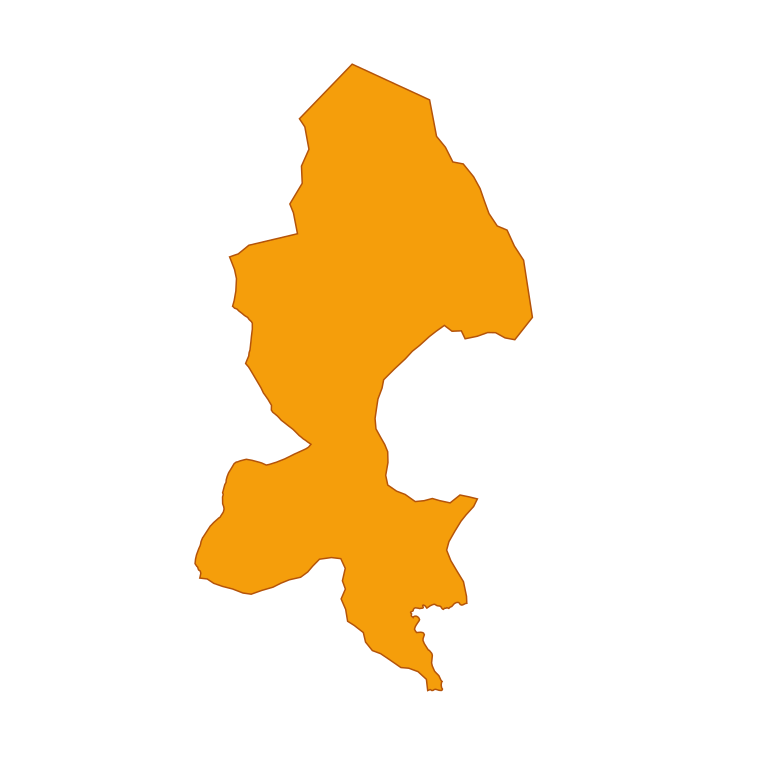 the district of Bahr-Köh, Moyen-Chari, Chad, rotated 33°
{"feature_id": "50815135B48101754695472", "entity_name": "Bahr-Köh", "entity_type": "district", "adm_level": 2, "iso_a3": "TCD", "parent_name": "Chad", "parent_adm1": "Moyen-Chari", "projection": "orthographic", "projection_center": [18.409, 9.514], "detail": "fine", "context": "isolated", "style": "filled", "palette": "amber", "viewbox_px": 768, "rotation_deg": 33, "n_neighbors": 0, "source": "geoboundaries", "source_scale": "gbopen_adm2", "svg_char_len": 5342}
<svg xmlns="http://www.w3.org/2000/svg" viewBox="0 0 768 768"><g transform="rotate(33 384 384)"><path d="M195.1,341.2L190.9,354.3L188.2,357.7L185.4,361.4L185.3,361.5L196.3,369.4L202.9,376.0L209.1,386.7L212.9,395.6L214.7,401.3L215.1,401.3L216.5,401.6L217.3,401.8L219.8,401.2L222.5,401.8L226.5,402.1L227.2,402.2L228.8,402.4L229.3,402.5L229.9,402.5L231.1,402.5L231.4,402.5L233.4,402.4L235.0,403.1L235.9,403.4L237.2,403.6L238.8,403.9L240.4,404.7L243.7,409.7L244.7,411.8L246.9,416.3L248.6,419.6L249.4,421.1L249.7,421.7L250.3,423.0L251.1,424.5L253.1,428.5L253.3,429.4L253.5,429.9L253.5,430.2L253.9,431.4L254.5,432.6L255.3,434.2L256.2,439.3L256.6,441.3L256.8,442.2L259.2,442.9L259.4,443.0L261.1,443.4L261.4,443.6L263.4,444.5L274.7,450.1L282.9,454.2L287.8,457.2L290.7,458.3L294.1,459.7L294.4,459.8L294.5,459.8L299.9,462.5L301.2,463.1L303.7,467.2L305.3,467.9L305.9,468.2L306.7,468.3L312.1,468.9L315.0,469.6L317.4,470.3L326.2,471.1L327.3,471.2L330.2,471.4L332.4,471.6L335.4,472.2L339.5,473.1L340.8,473.4L343.2,473.6L346.2,474.0L349.1,474.0L351.3,474.2L355.6,474.3L355.1,478.1L353.8,480.9L352.2,483.5L347.0,491.6L343.8,497.1L342.7,498.9L341.6,500.8L336.2,508.4L335.5,509.2L335.0,509.8L332.2,513.2L331.6,513.9L331.6,514.0L331.0,514.5L329.7,515.8L329.4,516.1L326.8,516.5L324.7,516.8L322.5,517.4L314.8,519.9L309.6,522.1L308.8,522.9L308.3,523.4L307.4,524.4L305.2,526.8L304.7,527.5L303.4,529.3L302.6,529.9L302.6,530.0L301.7,532.3L301.7,533.1L301.8,535.0L302.0,541.0L302.0,542.0L302.1,543.5L302.7,546.3L302.8,547.0L303.0,547.5L303.8,550.1L304.3,551.1L305.1,552.5L305.3,555.2L306.5,558.9L307.5,561.8L307.8,563.0L308.0,563.2L308.4,563.5L308.6,563.6L309.2,564.0L309.7,565.2L310.1,566.7L313.9,572.3L316.4,574.2L318.0,576.0L318.3,576.9L319.0,578.9L319.0,583.8L319.1,584.7L319.1,584.8L318.7,585.8L318.3,586.6L318.1,587.6L317.7,589.0L316.9,591.9L316.6,593.0L316.0,596.4L315.9,596.9L315.7,597.6L315.7,600.3L315.7,608.7L315.7,611.1L315.6,611.8L315.7,612.1L316.1,614.4L316.5,616.1L317.2,617.7L317.8,619.5L318.0,620.7L318.4,623.3L319.6,628.5L319.8,629.4L320.9,632.4L321.2,633.3L321.8,634.5L323.4,637.6L326.4,638.9L327.3,639.0L327.5,639.1L329.0,640.4L329.8,640.9L331.5,640.9L332.3,641.4L333.5,642.6L334.9,646.2L335.2,647.1L341.9,643.8L349.8,643.9L358.8,641.7L368.6,638.4L379.6,636.1L387.1,632.6L394.0,623.6L401.6,614.8L405.9,607.4L411.2,599.8L419.3,591.5L422.4,583.2L423.4,575.6L425.3,566.1L434.4,558.2L442.9,554.0L451.9,559.7L456.3,571.7L463.3,577.0L465.1,587.6L474.6,593.9L482.7,602.8L490.5,602.7L502.0,603.7L509.1,610.5L519.4,613.9L528.1,612.0L539.4,612.2L552.6,612.6L559.5,608.9L569.2,606.7L580.4,608.6L587.6,617.3L589.2,615.1L591.1,615.0L591.8,614.4L592.0,614.2L592.6,612.8L593.5,612.0L593.6,611.9L597.0,610.9L598.9,609.9L599.0,609.8L599.4,609.1L599.2,608.0L598.3,607.6L597.8,607.3L597.7,607.3L596.8,606.3L595.9,605.3L595.0,603.4L594.8,603.1L594.8,601.8L593.4,601.6L591.7,600.5L588.8,598.7L588.7,598.7L586.1,598.1L585.9,598.1L582.8,597.3L578.1,594.2L575.8,592.0L575.0,590.4L572.7,585.9L572.2,585.1L571.6,584.6L570.8,583.9L567.0,582.7L566.8,582.8L566.3,583.0L563.5,581.8L563.1,581.6L559.2,579.8L557.2,578.4L556.5,578.0L556.1,577.3L555.5,576.5L554.4,572.3L552.9,571.4L551.9,571.4L550.1,572.1L548.5,573.3L546.7,574.7L545.4,574.2L545.0,574.1L543.1,573.0L542.5,570.9L542.3,569.2L542.3,565.8L542.4,563.7L542.2,562.3L541.2,561.6L540.8,561.3L539.0,560.9L537.6,561.1L537.4,561.2L536.3,561.9L535.5,563.1L535.6,564.0L535.3,563.9L535.0,563.8L534.8,563.8L534.3,563.8L533.8,563.8L533.3,563.6L533.0,563.4L532.3,561.7L531.5,561.5L530.9,561.3L530.6,560.8L531.6,559.0L531.9,558.3L531.8,558.0L531.4,557.2L531.5,555.7L532.2,554.6L535.2,553.2L535.9,553.1L537.1,552.1L538.6,550.8L538.6,550.6L538.6,550.4L538.6,550.1L538.5,549.8L538.1,549.6L537.5,549.2L537.3,548.9L537.0,548.6L537.4,548.1L537.6,547.8L539.4,547.7L542.0,548.6L542.6,547.1L543.6,544.7L544.9,542.7L545.5,541.9L545.8,541.7L546.5,541.1L548.0,541.1L549.3,541.0L551.9,539.8L553.3,539.9L554.4,540.5L554.5,540.5L554.8,540.6L555.6,540.8L555.8,540.8L556.5,540.7L556.8,539.8L556.8,539.6L557.0,539.0L558.0,538.4L558.6,537.3L560.4,537.0L560.6,536.9L560.6,536.7L560.8,536.0L561.0,535.1L562.0,533.7L562.6,529.8L562.9,529.3L563.7,527.9L564.6,527.2L565.0,526.8L565.9,526.7L566.6,526.7L566.8,526.8L567.1,527.0L568.0,527.4L568.7,527.3L569.5,527.1L569.8,526.9L570.5,526.1L571.9,523.7L572.9,522.8L572.8,522.7L568.8,517.1L558.3,506.5L546.8,501.0L536.3,495.8L527.0,489.2L524.3,480.8L523.6,468.8L523.3,457.1L524.1,449.0L525.9,437.9L524.9,429.5L516.6,432.4L508.2,435.7L504.2,447.7L494.2,451.5L486.9,453.7L481.2,460.0L474.2,465.6L461.9,465.1L452.9,467.0L442.2,466.7L435.2,459.7L430.1,447.7L424.0,438.8L417.5,434.3L410.3,430.6L401.7,426.0L395.3,417.8L391.0,408.5L387.1,399.9L384.6,388.5L381.4,380.6L384.5,366.0L388.2,351.2L389.9,341.1L392.9,332.1L396.2,319.5L399.0,311.4L402.7,302.0L412.3,302.7L419.9,297.3L427.4,301.9L436.2,293.2L442.9,284.4L449.6,280.2L460.4,279.4L469.6,275.6L472.2,247.3L433.7,204.2L418.2,197.3L403.4,187.9L392.9,189.8L379.2,183.9L368.2,175.6L358.2,167.8L346.3,161.4L330.6,156.3L320.8,160.3L306.6,152.0L293.2,147.7L267.5,120.9L230.9,126.2L183.1,133.1L168.6,207.6L176.7,211.1L177.7,211.6L184.4,218.7L193.2,228.0L196.1,246.2L206.1,260.2L206.2,262.1L206.9,281.9L207.0,284.3L214.0,289.2L214.5,289.5L216.1,291.1L229.6,305.1L195.7,340.6L195.5,340.8L195.2,341.1L195.1,341.2Z" fill="#f59e0b" stroke="#b45309" stroke-width="1.5"/></g></svg>